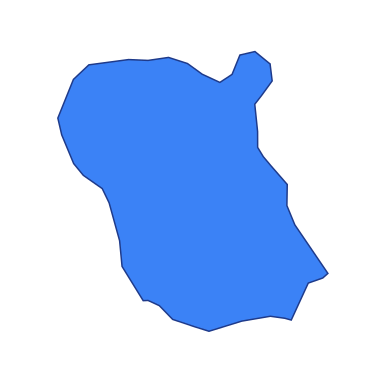 outline of Dong-gu, Daegu, South Korea, rotated 167°
{"feature_id": "91817680B96924831002014", "entity_name": "Dong-gu", "entity_type": "district", "adm_level": 2, "iso_a3": "KOR", "parent_name": "South Korea", "parent_adm1": "Daegu", "projection": "albers", "projection_center": [128.675, 35.931], "detail": "fine", "context": "isolated", "style": "filled", "palette": "blue", "viewbox_px": 384, "rotation_deg": 167, "n_neighbors": 0, "source": "geoboundaries", "source_scale": "gbopen_adm2", "svg_char_len": 700}
<svg xmlns="http://www.w3.org/2000/svg" viewBox="0 0 384 384"><g transform="rotate(167 192 192)"><path d="M206.8,52.5L172.7,55.0L143.6,53.3L130.0,48.1L124.1,44.9L99.2,77.1L83.9,78.8L77.9,82.1L99.2,136.9L102.6,157.4L97.5,177.9L109.4,200.2L114.6,210.4L118.0,220.7L114.5,236.1L112.8,249.7L111.1,263.4L102.6,270.3L88.9,282.2L87.1,299.3L87.9,300.2L99.1,314.7L114.5,314.7L126.5,297.6L140.2,292.5L155.6,304.5L167.5,318.2L184.6,328.4L205.2,330.1L224.0,335.3L263.9,339.1L282.2,328.4L306.1,294.2L306.1,277.0L300.9,246.3L294.1,232.6L278.7,215.5L275.2,200.1L273.5,160.8L276.9,135.2L264.0,97.1L259.2,96.2L249.4,88.6L239.5,72.2L219.9,60.2L206.8,52.5Z" fill="#3b82f6" stroke="#1e3a8a" stroke-width="1.5"/></g></svg>